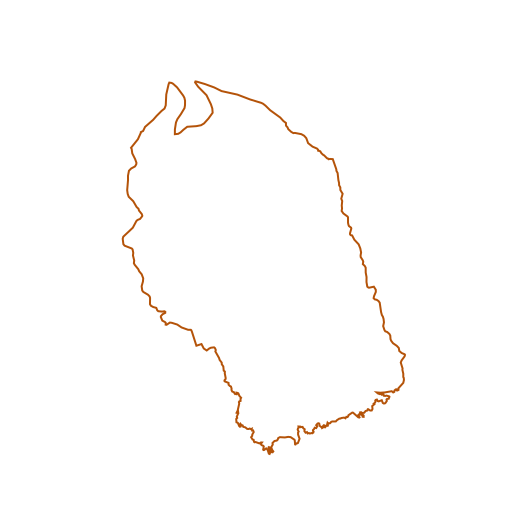 the district of Monchy/La Borne/Sans Souci, Dauphin, Saint Lucia, rotated 59°
{"feature_id": "8701671B92777247023512", "entity_name": "Monchy/La Borne/Sans Souci", "entity_type": "district", "adm_level": 2, "iso_a3": "LCA", "parent_name": "Saint Lucia", "parent_adm1": "Dauphin", "projection": "robinson", "projection_center": [-60.899, 14.045], "detail": "fine", "context": "isolated", "style": "outline", "palette": "amber", "viewbox_px": 512, "rotation_deg": 59, "n_neighbors": 0, "source": "geoboundaries", "source_scale": "gbopen_adm2", "svg_char_len": 6132}
<svg xmlns="http://www.w3.org/2000/svg" viewBox="0 0 512 512"><g transform="rotate(59 256 256)"><path d="M90.5,290.9L91.1,291.3L95.1,297.1L98.9,307.4L100.1,307.4L104.3,309.2L110.7,309.7L114.6,310.5L115.8,311.5L116.9,313.6L116.7,317.9L117.5,321.0L121.3,324.4L125.0,326.6L133.2,332.5L136.7,334.0L139.7,334.6L145.8,333.0L152.6,333.1L154.9,332.4L156.8,332.9L161.2,332.3L162.9,332.7L163.3,333.1L164.5,336.3L164.1,339.0L164.4,340.5L168.3,347.0L171.1,359.8L172.6,361.4L177.6,363.6L179.5,363.3L185.6,358.6L186.8,358.4L190.1,359.6L192.2,361.2L197.1,362.7L199.3,364.4L201.0,364.5L206.7,363.7L208.9,364.0L212.8,363.4L217.1,364.2L219.7,366.1L223.0,369.6L227.0,371.3L228.8,371.1L233.6,368.5L235.9,368.0L237.4,368.4L242.7,371.7L244.5,371.7L246.8,370.4L249.1,368.2L251.7,368.6L253.0,368.2L255.3,365.1L256.2,363.0L257.1,362.5L258.0,363.1L257.8,366.1L258.6,368.5L259.2,369.0L263.1,369.6L265.8,368.0L266.8,367.8L268.3,368.8L268.9,368.1L268.7,364.1L269.9,362.6L274.2,358.8L278.9,356.6L284.3,352.2L285.7,349.9L286.2,349.7L287.8,349.9L302.2,353.3L303.4,348.1L308.4,348.4L311.6,346.9L311.2,343.7L311.4,341.9L312.7,339.0L313.9,338.6L315.9,338.9L316.9,340.0L324.4,340.2L326.4,340.7L329.7,340.3L331.2,341.1L333.8,340.9L337.6,342.7L339.0,342.2L340.5,343.2L345.1,344.9L345.9,345.6L346.2,346.8L346.8,347.4L347.5,347.3L350.6,344.9L352.2,345.8L353.9,345.4L355.0,344.7L357.0,345.2L358.2,346.0L359.9,346.2L361.7,344.9L362.6,345.2L363.6,345.0L363.7,344.3L364.6,343.7L364.4,343.3L363.3,342.9L364.1,342.1L364.8,341.9L367.3,342.3L369.9,341.8L370.3,342.7L372.3,343.9L372.0,345.1L372.4,345.9L373.9,346.4L378.4,350.7L380.4,351.6L379.5,352.0L380.4,353.4L381.2,352.7L382.1,352.8L383.9,355.3L385.1,355.5L385.5,356.9L388.5,358.4L389.6,357.5L393.1,358.0L394.1,357.7L394.2,357.0L392.1,356.6L391.7,355.8L393.3,355.6L394.3,354.7L395.9,354.9L397.4,353.4L399.7,352.6L400.5,351.4L400.7,350.2L401.8,349.6L401.9,348.7L402.4,349.2L403.1,349.0L403.6,349.2L404.0,348.3L405.7,348.6L407.1,351.1L408.2,351.9L408.8,353.5L411.5,353.5L412.3,352.7L414.2,353.4L414.9,353.2L415.2,352.2L418.4,349.6L418.4,347.7L418.9,347.0L419.5,348.5L419.9,348.7L421.0,348.6L422.3,347.6L423.2,347.4L425.7,349.6L426.2,349.5L426.5,348.7L426.1,346.8L426.2,346.3L428.3,345.9L432.0,346.8L432.7,346.3L431.9,345.2L430.6,344.5L428.1,344.4L426.5,343.8L426.4,343.4L427.1,343.0L431.5,343.0L432.4,343.4L432.8,342.9L432.4,341.8L430.4,342.0L427.7,341.4L426.3,338.8L424.8,338.2L424.1,335.4L424.9,333.3L424.6,332.0L423.5,330.7L423.6,328.8L426.4,324.7L427.6,321.6L429.1,319.6L433.2,317.7L433.9,317.7L437.6,319.5L437.9,319.2L437.3,318.0L437.8,317.3L437.9,316.4L435.1,312.8L430.8,311.9L428.9,310.8L428.5,309.9L426.3,309.7L425.4,308.8L425.0,307.8L424.0,307.4L424.9,306.1L425.4,306.5L426.5,304.1L428.0,304.2L429.6,303.5L431.0,304.7L433.0,304.5L433.2,303.0L434.7,303.1L435.0,301.8L435.9,301.3L436.6,298.9L436.9,298.9L436.9,297.8L436.2,297.1L435.1,297.2L434.5,296.7L434.1,295.1L433.4,294.1L434.5,293.0L433.4,291.1L432.0,291.5L431.3,289.5L431.6,288.5L432.2,288.1L434.3,288.9L436.4,288.1L436.5,287.4L436.9,287.9L437.5,288.0L437.5,286.8L436.1,285.7L436.0,284.9L436.4,284.7L437.7,285.4L438.4,285.1L438.2,284.4L437.3,284.0L438.5,282.0L438.0,281.4L436.9,281.7L435.8,280.6L436.7,280.5L436.8,279.7L437.4,279.1L437.5,278.5L436.9,277.0L437.1,275.9L438.9,272.8L438.4,271.1L438.3,268.3L438.9,267.2L438.8,266.4L439.9,263.7L441.2,262.9L440.4,261.4L441.2,260.5L440.8,259.5L440.1,258.8L439.8,254.1L440.3,253.5L447.0,251.4L447.7,250.6L447.6,250.3L445.1,250.5L444.7,248.7L445.6,248.5L446.0,247.4L447.8,247.0L448.7,247.4L449.3,246.6L448.2,245.9L445.1,246.7L444.3,247.4L443.7,247.3L444.0,246.4L445.1,246.1L446.1,243.9L445.3,241.9L445.8,240.1L444.9,239.1L445.1,238.7L447.3,237.7L448.0,236.4L447.1,234.9L444.5,233.7L444.0,230.9L443.2,231.1L443.0,229.6L442.4,228.6L441.3,228.2L441.0,227.5L441.3,226.3L443.0,226.4L443.8,225.7L444.4,222.5L447.2,223.0L448.2,222.5L448.7,221.5L448.6,220.6L447.6,218.5L446.2,218.0L446.0,217.2L446.7,215.8L445.4,214.1L445.0,214.1L442.9,216.0L442.5,217.3L441.6,218.4L440.4,218.0L439.9,218.5L439.8,219.5L438.8,219.5L438.3,220.9L436.6,222.3L435.1,222.8L437.2,219.9L439.3,215.8L441.8,209.3L443.6,208.7L443.7,207.5L442.6,206.6L442.3,204.9L442.6,204.3L443.6,204.7L444.1,204.1L444.2,202.9L442.7,202.0L440.6,195.1L438.4,193.0L436.5,192.1L435.6,192.1L432.8,190.4L428.9,189.1L427.9,188.3L421.9,186.8L420.5,185.0L418.6,180.4L417.5,179.2L416.8,179.2L414.2,181.1L411.2,182.1L408.5,181.0L407.3,181.2L405.5,181.6L401.3,183.5L398.1,183.8L396.5,183.5L393.4,181.9L391.5,181.8L388.7,182.7L387.1,184.0L385.5,184.0L381.6,183.1L378.8,180.5L375.7,179.1L373.4,178.5L371.4,178.5L368.6,177.7L359.7,174.0L357.7,174.2L355.7,175.1L354.4,176.5L352.7,176.9L351.2,175.5L348.5,171.8L346.6,170.7L343.0,170.8L341.5,175.2L341.0,175.9L339.6,176.4L335.2,174.7L331.0,172.1L326.7,170.5L322.5,168.0L320.5,167.9L318.0,168.6L316.1,167.0L314.6,166.7L310.8,166.8L309.3,166.0L307.1,164.1L303.2,162.7L298.9,162.0L292.7,163.3L287.9,163.0L286.9,164.1L285.8,164.2L284.9,163.7L281.6,160.2L280.7,159.9L278.2,160.9L276.9,160.7L274.9,160.0L270.2,157.2L269.3,157.2L264.5,159.2L261.5,159.4L259.6,157.8L256.9,156.5L253.3,153.8L250.8,153.4L247.3,149.7L242.9,149.7L240.6,148.4L238.1,148.3L236.2,147.2L233.4,146.3L226.9,143.3L224.4,143.2L223.0,142.5L212.5,140.3L210.9,142.6L210.4,144.0L209.5,144.1L208.8,144.8L204.7,145.8L204.0,146.3L201.6,147.0L199.3,147.0L197.7,148.5L197.0,148.0L195.3,148.4L191.4,151.2L186.1,153.2L180.9,152.2L177.7,152.8L174.9,154.4L170.5,159.3L169.9,160.7L167.7,161.9L163.9,163.0L161.9,162.7L160.1,163.1L159.4,163.0L157.4,161.8L154.4,163.0L149.8,163.9L138.3,168.8L132.1,170.4L129.2,171.5L127.6,172.5L118.7,180.5L108.1,188.8L96.9,200.6L90.0,205.0L82.1,211.4L76.0,217.0L75.2,218.0L75.8,218.8L81.1,218.4L92.7,215.6L102.7,216.5L107.1,217.5L110.9,219.4L113.7,226.0L115.6,232.3L115.6,235.8L114.0,240.2L109.8,248.4L110.4,253.2L111.2,257.0L111.2,259.8L109.8,262.8L105.7,260.3L100.3,255.8L98.2,252.9L95.7,247.3L92.4,241.1L90.2,239.2L86.3,236.8L83.5,235.9L80.9,235.8L70.8,236.8L65.6,238.4L64.2,239.2L62.7,241.0L63.8,242.5L71.3,249.7L80.4,255.8L82.5,258.5L83.0,262.2L84.7,269.0L86.3,274.0L88.2,284.6L90.7,288.4L90.5,290.9Z" fill="none" stroke="#b45309" stroke-width="2"/></g></svg>